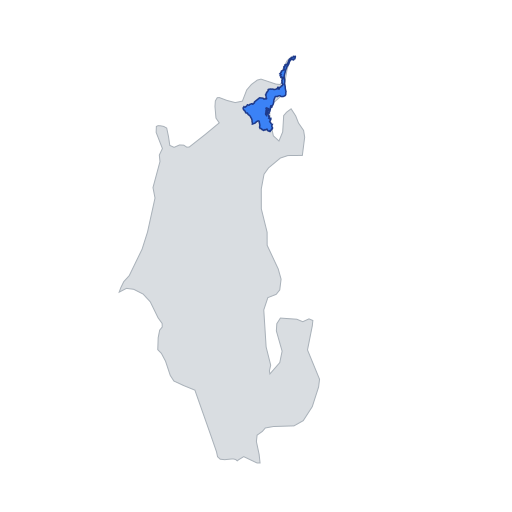 location of Golfito, Puntarenas, Costa Rica, rotated 231°
{"feature_id": "36466004B12763689767454", "entity_name": "Golfito", "entity_type": "district", "adm_level": 2, "iso_a3": "CRI", "parent_name": "Costa Rica", "parent_adm1": "Puntarenas", "projection": "mercator", "projection_center": [-83.1, 8.423], "detail": "fine", "context": "in_parent", "style": "filled", "palette": "blue", "viewbox_px": 512, "rotation_deg": 231, "n_neighbors": 0, "source": "geoboundaries", "source_scale": "gbopen_adm2", "svg_char_len": 7560}
<svg xmlns="http://www.w3.org/2000/svg" viewBox="0 0 512 512"><g transform="rotate(231 256 256)"><path d="M419.4,260.1L418.9,261.9L417.2,263.8L414.8,265.8L411.6,267.1L403.8,263.1L396.2,258.6L392.0,260.7L390.4,266.5L387.6,269.6L384.1,270.7L382.7,272.7L382.4,292.6L382.6,311.2L388.4,311.7L398.0,318.2L402.1,322.0L403.4,325.5L402.2,327.2L395.2,331.3L388.3,336.4L384.9,342.9L390.9,353.3L392.2,360.3L391.9,367.7L390.3,371.2L377.0,379.7L374.1,382.7L374.5,384.8L381.8,390.6L385.3,396.3L388.2,403.1L388.6,409.0L381.9,398.1L372.7,387.6L364.7,381.1L364.1,366.1L360.9,357.9L348.8,350.4L338.5,345.1L330.9,346.2L335.6,354.8L347.7,365.9L348.5,370.2L348.3,375.9L339.9,375.0L332.6,372.7L323.6,372.0L317.7,368.6L305.0,355.3L314.0,344.0L316.8,336.6L316.6,321.2L314.5,313.7L304.8,302.3L289.3,289.8L267.5,279.6L257.3,271.4L231.9,265.1L222.2,260.9L214.7,253.1L213.5,247.6L216.2,239.0L209.2,228.1L178.9,206.6L161.9,198.7L158.3,194.1L155.6,192.6L158.2,207.4L165.6,216.4L185.0,224.7L190.3,229.6L192.4,235.9L181.2,247.9L175.5,251.0L173.8,257.6L170.1,259.6L166.3,255.8L150.6,236.9L120.2,227.8L114.8,222.2L103.5,204.9L98.3,189.1L100.1,178.6L112.6,162.1L116.5,155.0L115.7,150.6L116.1,144.1L111.5,139.5L99.9,133.6L92.6,128.9L94.6,126.5L107.8,120.2L108.6,114.4L108.6,112.5L110.7,112.1L112.6,110.6L113.8,109.0L117.4,103.5L120.6,100.3L124.2,99.8L128.7,102.1L145.3,108.1L163.8,114.7L190.2,124.1L201.1,118.1L210.5,113.5L217.1,114.2L231.2,119.5L239.8,121.2L245.0,120.7L254.1,128.6L259.0,134.5L259.8,138.4L262.6,140.6L269.6,141.0L286.9,145.0L297.5,144.3L307.1,140.0L312.4,134.9L314.0,126.9L316.4,130.9L319.3,137.1L320.5,145.1L333.0,171.8L342.9,186.8L364.6,214.0L374.0,219.0L389.8,240.8L395.3,244.4L398.4,250.9L414.9,256.2L419.4,260.1Z" fill="#d9dde1" stroke="#a8b0b8" stroke-width="1"/><path d="M344.4,344.9L344.2,345.1L343.9,345.2L343.9,345.5L344.1,345.7L344.4,345.8L344.6,345.3L344.8,345.2L344.6,345.6L344.5,346.0L344.2,346.6L344.2,346.8L344.4,347.1L344.5,347.4L344.8,347.9L344.8,348.2L344.5,348.4L344.5,348.5L344.8,349.1L345.2,349.2L345.3,349.4L345.4,349.6L346.7,349.7L347.0,350.2L347.4,350.3L348.0,351.5L348.3,351.2L349.0,351.1L349.4,351.0L349.8,351.0L350.1,351.2L350.8,351.2L351.0,351.1L351.4,351.2L352.0,351.3L352.0,351.5L352.1,351.9L352.3,352.1L352.6,353.1L352.9,353.6L353.3,353.8L353.6,354.2L353.8,354.0L353.9,353.6L354.1,353.5L354.1,353.4L353.8,353.2L353.9,352.9L354.6,352.8L354.8,352.7L354.8,352.9L355.1,352.9L355.4,353.1L355.5,353.3L355.6,353.7L355.8,353.8L356.0,354.0L356.3,353.7L356.8,353.7L356.8,354.2L357.0,354.1L357.4,354.0L357.7,354.3L358.2,354.4L359.0,354.6L359.3,354.4L359.6,354.1L359.7,353.9L359.7,353.5L359.8,353.2L359.5,353.1L359.5,352.8L359.0,352.8L358.9,352.7L359.4,352.7L359.7,352.5L359.8,352.5L360.1,352.7L360.0,353.0L360.3,353.2L360.7,353.2L361.7,354.4L361.9,354.5L362.6,355.3L362.9,355.5L363.0,355.9L363.5,356.4L363.5,356.8L364.0,356.6L364.5,356.7L364.6,357.1L364.4,357.5L364.0,357.5L363.8,357.8L363.7,357.8L363.6,357.6L363.0,357.5L363.1,358.0L362.7,358.4L362.3,358.4L362.1,358.6L361.8,358.6L361.6,358.3L361.1,358.1L361.3,357.5L361.6,357.4L361.7,357.2L361.1,356.5L361.5,356.3L361.5,356.1L361.9,356.0L362.0,355.8L361.6,355.7L361.4,355.9L360.9,355.9L360.7,355.6L360.6,355.2L360.0,355.4L359.7,355.8L359.5,356.0L359.3,356.0L359.4,355.9L359.6,355.7L359.8,355.4L359.7,355.2L360.5,354.6L360.1,354.2L359.8,354.5L359.4,355.2L359.2,355.5L359.0,355.8L359.3,356.5L359.5,357.5L359.9,357.9L360.6,359.0L361.1,359.5L361.4,360.0L362.4,360.7L363.4,362.0L363.2,362.3L363.1,362.5L362.9,362.5L362.6,362.2L362.2,361.8L362.0,361.7L361.8,361.7L361.7,361.9L361.9,362.3L362.6,363.1L362.7,363.4L362.8,364.2L363.2,364.8L363.3,365.2L363.5,365.5L363.9,365.8L364.2,366.3L364.6,366.5L365.1,367.3L365.6,367.6L366.2,368.3L366.4,368.9L366.8,369.4L367.1,370.1L367.4,370.5L367.6,370.9L367.6,371.2L367.7,371.5L366.8,372.7L366.4,373.0L366.4,373.7L366.2,374.4L365.9,375.0L365.3,375.6L364.7,375.7L364.4,375.8L363.7,376.3L363.4,376.6L363.1,377.3L362.6,377.9L362.5,378.8L362.6,379.2L362.3,379.5L362.3,379.9L362.5,380.2L362.7,380.6L362.8,380.8L363.5,381.4L364.3,382.0L364.5,382.4L365.0,382.9L366.1,383.3L367.2,383.9L367.8,384.2L369.3,385.3L370.5,385.9L372.0,386.6L373.1,387.7L373.8,388.3L375.3,389.4L376.0,389.6L377.7,390.8L378.8,391.9L379.5,392.9L379.7,393.1L380.2,393.9L381.8,396.0L382.5,397.3L383.3,398.5L383.7,399.5L384.4,401.8L385.9,404.3L386.2,404.7L386.5,406.3L386.4,407.4L386.2,408.1L385.9,408.3L385.6,408.4L385.2,408.3L385.2,408.9L384.9,408.9L385.1,409.3L385.1,409.7L384.8,410.1L384.8,410.3L385.1,410.7L385.5,411.2L385.8,411.7L386.2,412.1L386.4,412.2L387.2,411.0L387.5,410.8L387.4,410.7L386.9,410.6L387.3,410.0L387.6,409.1L387.9,408.7L387.7,408.1L387.8,407.1L387.7,406.7L387.4,406.4L387.3,405.7L387.8,405.7L387.5,404.8L386.9,404.1L386.6,403.3L386.1,402.4L385.8,402.1L385.6,400.6L385.6,400.4L385.6,400.0L385.8,399.8L385.7,399.5L386.1,399.1L386.2,398.9L385.4,398.6L385.6,398.2L385.6,397.8L385.4,396.6L385.0,396.4L384.8,396.8L384.5,396.3L384.1,395.8L384.0,395.4L383.2,395.4L382.9,395.2L383.3,394.5L383.3,394.0L383.5,393.3L383.5,392.6L383.7,392.3L383.7,392.0L383.6,391.8L382.9,391.4L382.9,390.8L382.7,390.1L382.7,389.8L382.6,389.2L381.9,389.5L381.3,389.7L381.3,389.0L381.1,388.3L380.8,388.2L380.2,388.6L379.8,388.6L379.5,388.4L379.5,388.1L379.2,387.7L378.7,387.8L378.3,388.2L378.1,389.1L378.0,389.3L377.8,389.3L377.4,389.1L377.1,388.3L376.6,387.9L376.2,386.7L375.9,386.4L375.3,386.2L374.2,385.3L374.2,385.0L373.9,385.0L373.5,385.1L373.2,385.1L372.9,384.8L372.3,384.9L371.8,383.7L372.2,382.9L372.2,382.5L371.9,382.0L371.8,381.0L371.9,380.6L372.4,380.3L373.4,379.0L373.2,378.7L372.1,379.3L371.4,379.3L371.2,379.1L371.2,378.9L371.3,378.8L371.8,378.6L372.3,378.2L372.7,377.6L373.0,377.2L373.0,376.6L373.1,376.3L373.9,374.9L374.4,374.5L374.9,374.3L375.3,373.9L375.8,373.3L376.1,372.7L376.6,372.4L376.8,372.2L377.3,371.1L377.7,370.5L377.7,370.2L377.2,370.0L376.9,369.6L376.7,368.8L376.5,368.3L376.5,368.1L376.6,367.9L376.2,367.2L376.3,367.0L375.9,366.6L375.8,366.0L375.3,365.6L375.2,365.2L375.2,364.8L374.9,364.7L374.5,364.7L374.2,364.6L373.4,364.1L373.1,363.8L371.9,363.5L371.6,363.2L371.6,362.9L372.3,362.0L372.6,362.0L372.6,361.4L372.8,361.1L373.2,360.8L374.2,360.8L376.7,358.3L376.7,351.8L376.2,351.4L376.0,351.0L376.0,350.6L376.3,349.9L376.0,349.5L375.9,349.1L376.2,348.8L376.9,348.6L377.2,348.3L377.4,347.2L377.7,346.9L377.7,346.4L377.5,345.8L377.7,345.4L377.9,345.1L378.2,345.0L378.5,344.8L378.9,344.5L378.5,343.3L378.4,342.9L378.5,342.5L378.4,341.9L378.6,341.8L378.5,341.2L378.9,340.7L379.2,340.6L379.6,340.6L379.2,339.2L378.5,338.7L378.0,338.6L377.8,338.5L376.9,338.5L376.6,338.4L375.2,338.7L373.9,338.1L372.9,338.7L372.7,339.1L372.4,339.3L372.0,339.2L371.7,339.0L371.1,339.0L370.4,339.0L369.8,339.3L369.3,339.5L367.8,339.4L366.8,339.1L365.8,339.1L364.7,338.6L364.2,338.5L363.8,338.2L363.1,337.6L362.2,337.2L361.7,336.9L361.4,336.8L360.8,336.2L360.6,336.6L360.5,337.3L359.9,338.7L359.9,339.5L360.0,339.8L359.9,340.2L360.1,340.5L360.0,341.6L359.8,341.9L359.7,342.6L359.6,342.8L359.1,343.2L358.8,343.2L358.5,343.2L357.7,342.5L357.6,342.4L357.0,342.4L356.8,342.2L356.6,342.0L355.1,341.3L354.9,341.0L354.7,340.6L354.5,340.4L354.1,340.3L353.7,339.7L353.0,339.6L352.5,339.4L352.4,339.4L352.3,339.9L352.0,340.1L350.8,340.4L350.5,340.2L350.1,340.3L349.8,340.8L349.1,340.8L348.7,341.0L348.6,341.7L348.7,342.3L348.5,342.5L348.3,342.5L348.1,342.6L348.1,342.9L347.9,343.1L347.8,343.3L347.8,343.5L347.7,343.7L347.9,343.9L347.8,344.1L347.7,344.1L347.5,344.4L347.3,344.3L347.0,344.3L346.7,344.1L345.9,344.1L345.4,344.2L345.2,344.4L345.0,344.8L344.4,344.9Z" fill="#3b82f6" stroke="#1e3a8a" stroke-width="1.5"/></g></svg>